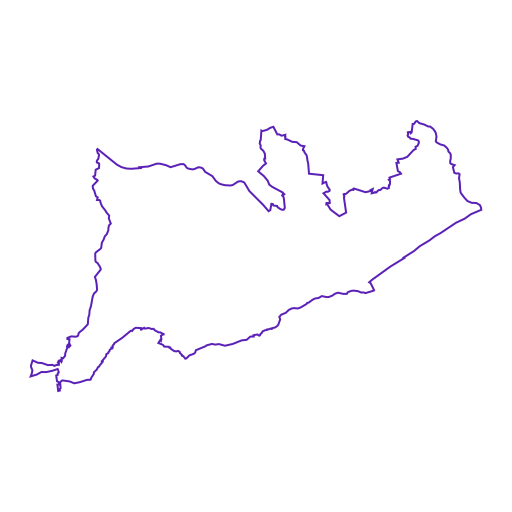 outline of Comanesti, Bacau, Romania
{"feature_id": "2599482B34680832118241", "entity_name": "Comanesti", "entity_type": "district", "adm_level": 2, "iso_a3": "ROU", "parent_name": "Romania", "parent_adm1": "Bacau", "projection": "orthographic", "projection_center": [26.421, 46.409], "detail": "fine", "context": "isolated", "style": "outline", "palette": "violet", "viewbox_px": 512, "rotation_deg": 0, "n_neighbors": 0, "source": "geoboundaries", "source_scale": "gbopen_adm2", "svg_char_len": 6010}
<svg xmlns="http://www.w3.org/2000/svg" viewBox="0 0 512 512"><path d="M476.4,203.0L471.6,202.8L467.4,201.0L464.3,197.6L460.7,192.8L460.1,189.4L459.8,182.5L459.0,178.2L459.6,174.3L458.7,173.4L456.2,173.5L454.3,172.8L452.9,167.1L454.6,165.1L451.1,164.0L450.2,163.0L450.2,160.5L450.7,159.1L450.8,154.7L450.1,153.2L448.4,151.5L448.2,149.8L446.4,147.4L444.2,145.5L440.3,144.4L436.8,142.5L435.8,141.4L436.5,136.4L435.6,132.4L433.2,128.9L430.1,126.5L428.3,126.5L424.4,124.6L419.3,123.1L417.0,121.0L415.8,121.4L414.1,123.8L412.7,124.0L411.6,132.5L410.7,133.2L410.2,131.9L407.8,132.3L408.2,134.5L407.6,135.4L408.1,136.7L409.7,137.5L410.6,138.7L413.0,138.9L418.0,140.4L418.8,141.4L418.8,143.0L417.5,145.9L415.6,146.7L415.7,149.0L413.7,149.9L407.3,156.8L403.0,158.6L397.4,159.4L398.7,162.7L396.4,162.9L397.9,171.1L399.9,172.2L401.0,173.7L389.5,177.6L390.0,179.1L388.8,179.8L390.1,181.1L390.0,183.6L389.5,185.4L389.2,185.9L388.9,185.6L388.7,186.3L389.0,187.9L387.4,188.7L383.7,187.6L382.4,188.1L380.2,190.1L379.0,190.0L377.8,190.8L376.4,192.4L375.8,192.6L375.0,192.0L374.0,192.8L371.7,193.3L372.7,189.0L370.3,190.2L370.3,191.1L365.5,192.2L353.9,188.5L353.3,188.8L353.3,189.9L352.0,189.7L349.5,190.8L346.5,193.5L345.2,194.2L344.2,193.9L343.6,194.4L344.4,196.6L343.9,197.3L346.1,212.6L339.3,216.2L331.7,210.5L330.4,209.3L327.3,204.3L326.3,204.4L326.5,203.0L329.7,203.1L329.6,200.1L323.5,193.3L326.5,191.6L327.8,191.8L329.6,190.8L329.7,189.8L327.5,186.6L326.8,184.7L326.2,182.1L326.7,181.5L322.5,183.5L323.2,175.2L309.0,173.7L308.2,163.5L307.5,160.7L306.9,156.4L306.4,154.9L304.6,152.6L304.0,150.8L303.0,150.3L303.0,149.0L304.4,146.2L300.7,145.6L296.8,142.2L292.2,141.8L287.1,139.4L285.3,139.1L285.4,136.8L285.0,136.7L285.3,134.8L281.5,135.7L279.3,134.4L277.3,134.4L273.4,126.8L270.3,127.8L266.8,129.9L262.0,131.2L261.4,130.7L260.7,140.1L260.1,140.8L259.7,143.4L260.7,145.4L260.5,147.7L260.8,148.5L263.4,150.9L264.8,153.6L265.2,158.5L264.4,158.5L264.1,160.0L266.0,163.5L263.1,165.7L258.2,171.3L263.9,176.1L267.7,180.7L269.3,184.7L272.3,186.9L282.4,192.3L284.3,194.2L282.9,195.3L282.5,194.8L282.2,195.4L283.4,196.7L283.9,198.7L284.8,208.0L283.7,209.7L282.3,209.8L280.4,209.1L277.6,207.2L277.1,206.0L273.4,205.5L272.7,204.0L271.4,203.8L270.3,210.1L268.6,211.2L263.1,204.8L249.4,191.1L244.5,182.9L243.6,182.1L241.0,181.2L239.3,181.3L237.6,181.8L232.8,185.0L230.5,185.5L225.0,185.2L221.5,184.4L218.9,183.4L215.9,181.0L212.3,176.1L205.2,171.9L202.9,168.6L201.4,167.7L198.6,167.2L194.2,169.1L192.3,169.4L188.0,168.5L186.7,167.7L184.8,165.0L183.5,164.1L180.2,164.2L170.6,167.2L166.1,165.2L160.1,163.7L156.6,163.7L148.3,166.5L139.6,167.2L140.4,168.1L131.0,168.8L126.4,168.5L121.4,167.1L117.0,164.7L97.5,149.0L97.0,149.6L97.0,150.3L97.8,153.2L98.8,154.1L99.0,155.3L98.3,158.8L97.2,160.2L96.7,161.6L96.9,162.5L99.0,163.4L99.2,164.0L99.0,168.1L95.7,169.7L95.1,175.6L93.4,176.5L94.6,178.4L97.3,179.9L97.7,180.6L92.8,185.7L92.7,187.1L93.2,189.0L94.2,190.5L95.9,196.2L97.7,197.4L97.0,200.0L99.5,200.1L100.2,200.7L100.5,202.6L102.0,206.2L105.5,210.7L106.7,212.8L109.2,215.6L108.8,218.3L110.8,223.6L109.1,225.2L108.4,227.9L108.4,230.0L107.4,232.7L106.7,234.3L104.8,236.3L103.5,239.9L101.9,242.5L101.2,247.8L100.4,248.9L95.7,252.5L95.2,253.7L95.4,260.8L95.9,261.9L97.7,263.2L100.0,266.9L100.8,269.0L100.6,269.7L94.9,276.9L95.9,279.9L96.6,283.9L97.1,289.8L96.3,291.4L93.9,293.6L92.6,297.0L91.0,306.1L89.6,310.3L89.3,314.6L88.3,317.8L87.8,324.3L82.9,329.5L79.4,332.3L78.6,333.3L78.3,335.0L77.7,336.1L75.9,336.7L71.2,336.4L67.4,337.9L67.4,339.1L69.5,339.3L69.1,343.0L70.4,345.6L69.1,347.0L68.2,344.5L67.5,345.1L67.0,346.6L67.2,347.7L65.2,353.6L65.1,355.8L63.1,358.3L61.6,357.9L61.8,360.7L61.4,361.9L60.1,360.3L59.3,361.5L58.6,361.0L57.9,362.6L58.9,362.9L58.9,364.8L56.2,365.0L54.4,365.9L52.5,364.9L47.8,365.1L41.8,363.0L38.0,362.8L32.6,360.4L31.0,365.5L31.1,367.1L32.4,370.4L31.8,373.5L30.7,376.4L36.9,374.5L41.4,372.0L46.1,372.1L52.3,370.8L57.6,369.0L58.3,370.6L58.7,372.6L57.7,373.4L57.7,374.9L56.2,375.5L57.0,381.2L59.0,382.4L59.1,384.5L57.4,384.6L58.2,391.0L59.9,390.5L59.5,389.3L60.6,388.1L60.1,382.1L62.3,380.4L69.5,381.4L74.3,383.3L79.7,382.2L86.9,379.9L90.6,379.7L91.4,377.6L93.8,373.9L93.9,372.3L96.6,369.8L98.1,367.0L99.1,366.6L99.8,365.2L101.8,363.0L101.8,361.4L102.8,361.4L102.6,360.4L105.9,356.5L106.4,354.1L108.2,353.2L108.4,352.2L109.3,351.4L109.8,349.7L111.2,348.8L111.4,347.7L112.4,348.2L112.8,347.0L112.6,345.6L114.0,344.2L114.2,343.3L122.4,337.7L130.0,331.4L131.2,330.6L132.1,331.0L133.6,329.0L135.7,327.8L141.1,328.1L140.8,329.2L141.1,329.7L144.2,327.8L144.9,328.6L148.7,328.0L151.7,329.0L153.6,328.8L154.7,330.2L158.5,332.3L160.0,332.3L163.7,334.1L163.7,334.4L162.8,334.5L160.9,335.8L161.4,339.0L161.0,340.7L160.4,339.9L158.4,343.0L163.0,344.9L164.2,346.6L168.9,346.8L169.4,347.7L170.3,347.6L170.6,348.6L174.2,351.1L176.5,351.4L178.1,350.9L179.0,351.4L179.9,352.2L179.9,353.0L181.9,354.8L181.9,355.7L183.4,356.2L185.3,358.7L186.4,358.4L189.4,355.4L193.8,353.8L195.1,352.7L195.9,350.2L205.4,346.3L206.5,345.4L212.0,343.9L215.0,344.6L219.0,344.1L224.8,345.7L226.5,345.4L232.9,343.9L241.6,340.4L246.7,339.8L250.3,336.6L253.7,336.5L253.4,335.3L254.5,335.0L257.5,334.5L259.2,335.7L260.1,335.1L260.6,333.8L261.5,333.3L262.6,331.4L265.2,330.2L266.9,330.0L267.1,329.4L269.0,329.3L270.3,328.6L271.7,329.0L272.1,328.7L272.1,328.2L275.3,327.4L277.3,325.9L278.3,324.7L280.2,319.3L279.3,317.0L281.3,314.6L285.7,312.9L288.8,309.9L292.0,308.4L294.3,308.1L297.6,308.5L300.6,307.5L306.5,304.0L307.1,303.0L308.7,302.6L312.8,299.6L315.1,298.5L318.5,298.0L321.8,296.1L326.7,297.1L328.8,297.0L332.4,295.6L334.8,293.8L337.9,292.7L343.3,293.9L346.3,293.9L346.9,293.8L347.7,292.3L350.8,291.0L353.6,290.6L358.1,291.2L361.4,292.6L363.3,292.4L365.5,293.1L373.8,290.6L374.1,290.2L370.6,283.1L369.2,282.3L372.0,279.8L390.6,266.4L404.2,258.1L403.6,257.6L413.9,251.1L419.9,246.1L429.6,240.3L434.6,236.4L440.2,233.3L456.1,222.7L464.6,218.7L471.1,214.1L481.3,209.8L481.0,207.5L479.9,205.1L476.4,203.0Z" fill="none" stroke="#5b21b6" stroke-width="2"/></svg>